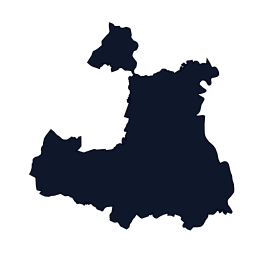 Ha Trung, Thanh Hóa, Vietnam, rotated 266°
{"feature_id": "81297802B67206181597957", "entity_name": "Ha Trung", "entity_type": "district", "adm_level": 2, "iso_a3": "VNM", "parent_name": "Vietnam", "parent_adm1": "Thanh Hóa", "projection": "orthographic", "projection_center": [105.848, 20.055], "detail": "fine", "context": "isolated", "style": "filled", "palette": "ink", "viewbox_px": 256, "rotation_deg": 266, "n_neighbors": 0, "source": "geoboundaries", "source_scale": "gbopen_adm2", "svg_char_len": 5864}
<svg xmlns="http://www.w3.org/2000/svg" viewBox="0 0 256 256"><g transform="rotate(266 128 128)"><path d="M131.4,51.0L126.0,46.2L123.3,44.3L119.2,43.0L116.5,42.6L114.8,41.0L113.5,40.5L112.2,40.3L110.9,40.6L108.3,40.2L107.5,39.8L105.4,36.6L104.9,33.8L104.1,32.3L102.9,31.4L99.6,31.1L98.7,30.2L95.2,29.9L91.9,28.8L88.8,27.0L85.4,32.6L84.6,32.9L76.9,32.8L73.3,33.1L72.7,33.4L71.7,37.4L70.7,37.4L69.0,35.9L67.8,37.4L66.1,40.9L65.6,44.4L66.4,46.5L66.3,49.6L67.7,55.9L67.6,57.0L66.9,57.5L65.0,60.6L65.2,63.9L64.7,64.9L63.5,65.9L63.0,67.7L62.5,68.2L58.8,70.2L57.8,71.3L56.6,71.9L56.4,72.8L56.7,74.6L56.4,75.1L56.5,75.5L56.1,76.0L55.6,77.7L54.5,78.8L55.9,79.7L56.8,80.6L56.7,80.8L55.5,80.7L55.1,81.0L55.2,81.5L56.2,82.7L56.1,83.0L55.1,83.2L54.8,83.5L55.7,85.5L55.0,86.3L55.0,87.3L53.4,87.8L51.5,90.9L49.8,91.6L49.1,92.7L48.4,94.7L47.3,96.4L47.8,97.2L49.5,98.3L50.2,99.1L51.3,100.9L51.5,105.7L51.2,107.6L50.8,107.7L45.6,106.6L44.3,105.9L43.7,105.1L42.2,104.1L40.9,104.3L40.2,104.0L39.0,104.3L37.7,104.0L37.3,104.2L35.2,108.1L35.5,111.3L33.8,112.6L31.0,114.0L27.7,119.6L29.1,121.6L30.0,122.1L32.1,122.5L34.0,124.2L36.5,125.7L38.1,127.0L38.3,127.6L42.1,130.4L38.0,134.5L37.4,135.4L39.1,141.9L40.9,142.8L40.1,144.2L40.2,144.8L41.7,146.5L38.7,147.2L37.9,147.7L36.8,149.0L36.5,149.8L36.5,150.5L38.4,153.9L39.7,157.3L40.5,161.0L40.5,162.2L38.4,162.0L38.4,164.0L38.0,165.7L37.0,167.2L37.1,167.5L38.4,167.6L39.3,168.7L39.2,169.5L38.5,170.5L37.5,173.2L36.4,174.6L34.9,175.9L34.4,175.8L33.8,175.1L33.1,175.1L29.4,178.7L29.0,178.7L28.6,178.4L28.5,177.3L28.2,176.9L26.5,176.2L25.7,176.3L25.4,176.7L25.3,178.8L23.6,180.2L22.2,183.0L25.1,185.9L24.9,191.3L25.2,193.6L25.7,194.7L27.4,196.3L31.7,199.0L33.3,200.6L34.4,201.1L36.9,201.5L36.3,206.7L36.4,207.3L38.0,209.4L40.7,211.7L40.5,212.2L39.7,212.1L39.3,212.5L39.1,214.0L37.8,213.4L37.3,213.7L37.4,214.0L38.2,214.6L38.3,215.6L39.9,216.1L40.0,216.5L39.5,217.0L39.0,218.2L38.0,217.4L37.4,217.4L36.7,217.8L35.4,219.2L35.5,219.5L35.8,219.5L36.9,218.8L37.6,218.9L36.6,220.2L37.6,221.1L37.7,221.5L36.8,222.9L36.0,225.0L37.1,225.7L40.2,224.4L44.4,221.8L47.9,221.6L48.8,221.7L50.7,222.8L53.0,225.4L56.7,228.6L58.9,229.0L64.6,229.0L68.6,228.0L73.6,227.7L75.3,227.0L78.0,226.4L84.2,225.5L86.1,224.6L87.0,223.6L87.3,222.6L87.4,221.5L86.1,217.8L86.3,217.0L86.7,216.7L90.9,215.3L96.1,214.7L101.2,213.2L104.2,211.3L108.4,207.2L111.7,205.1L114.1,204.0L116.9,203.5L121.2,203.6L126.2,203.9L134.3,205.0L134.6,204.7L135.0,203.5L134.7,198.4L135.3,196.8L135.9,196.4L136.8,196.7L138.0,198.7L139.3,199.9L140.9,200.8L146.0,202.2L151.1,205.5L151.9,205.5L152.6,205.1L155.7,200.4L157.0,200.1L157.6,200.7L157.6,203.1L158.7,207.1L159.3,208.0L159.7,208.2L160.5,207.9L162.5,205.2L166.0,202.0L167.0,201.8L168.8,202.5L170.8,204.7L171.0,206.2L170.5,208.0L169.1,209.6L166.0,211.1L165.4,211.8L165.5,212.5L166.2,213.4L166.8,213.7L170.2,213.5L171.6,213.8L172.1,214.3L172.7,215.1L173.2,218.9L173.7,220.6L174.3,221.4L175.1,221.9L177.1,222.0L179.6,221.2L181.0,220.4L182.0,219.7L182.5,218.8L182.6,218.1L181.8,217.1L182.8,215.3L186.1,214.1L190.6,211.8L186.7,211.2L186.4,210.2L186.9,208.1L186.9,206.9L186.2,204.7L186.3,203.9L186.8,203.4L188.4,202.6L189.5,201.4L189.7,199.3L188.2,197.9L188.5,197.3L190.8,196.6L190.4,194.3L190.5,191.9L189.8,191.4L187.6,191.8L187.0,191.2L186.9,189.8L188.6,188.2L187.2,186.2L186.5,186.7L186.1,188.6L185.4,188.8L183.6,187.1L183.8,186.1L185.1,185.7L185.2,185.3L185.0,185.1L182.8,184.2L181.6,184.9L180.9,184.3L181.4,183.1L181.0,181.9L178.9,178.1L179.3,177.4L180.4,176.9L180.7,176.4L181.2,173.8L182.1,172.5L182.2,170.7L183.6,169.6L184.1,166.9L183.5,165.7L181.6,164.1L181.2,161.9L180.2,160.0L179.7,157.8L178.2,156.8L177.7,155.9L178.0,154.6L177.5,151.7L178.8,149.7L178.8,149.2L178.0,147.7L178.2,146.1L177.9,144.1L179.3,142.8L180.4,141.2L180.9,138.9L181.7,137.9L183.2,137.2L185.5,137.4L188.8,140.0L192.1,140.8L193.5,140.4L197.0,137.9L199.4,136.8L200.8,136.8L204.3,138.4L204.8,138.8L205.7,141.5L206.6,142.3L208.6,143.3L210.0,143.5L211.8,142.9L212.8,142.1L214.4,139.2L217.4,137.1L218.9,136.9L220.7,137.5L226.4,136.8L227.3,135.9L228.1,133.8L228.3,133.2L227.5,129.8L227.9,128.0L228.5,126.9L229.1,126.4L229.7,126.4L229.8,122.9L230.1,121.3L231.9,120.4L232.9,119.0L233.8,117.0L230.7,116.7L225.4,117.0L223.4,115.9L220.9,112.9L216.4,108.4L215.3,108.3L212.1,108.4L208.1,102.8L206.5,98.9L202.5,97.2L196.3,92.6L193.7,95.1L192.6,96.7L189.6,103.6L191.0,104.2L191.5,104.8L191.8,106.1L193.2,107.4L194.0,107.0L194.0,107.6L193.6,108.1L194.2,109.1L193.9,110.1L194.1,111.4L193.1,111.4L192.2,112.4L192.7,112.8L193.3,114.4L192.7,114.8L191.4,114.9L191.1,115.2L190.2,116.9L188.5,115.8L186.8,115.7L185.6,116.0L186.6,119.8L187.5,122.1L188.2,122.4L188.9,123.5L189.1,124.7L188.9,126.2L186.1,129.3L186.1,131.1L185.4,135.1L184.3,136.0L183.0,136.3L181.7,137.1L181.0,138.1L179.7,137.5L179.8,137.1L178.7,136.2L178.4,134.9L179.0,133.5L178.2,132.6L177.5,132.4L176.6,132.4L175.8,132.9L174.2,132.7L173.3,133.0L170.4,132.9L170.1,132.1L168.3,131.6L167.1,131.8L165.3,133.2L163.4,133.1L161.8,132.8L160.4,131.7L158.9,132.0L158.4,130.8L158.1,130.6L157.7,130.7L156.9,132.0L156.1,132.0L155.8,131.5L156.4,130.1L156.2,129.4L155.8,129.4L153.8,129.7L153.3,131.3L152.6,131.6L152.2,131.4L152.2,131.0L139.8,125.6L137.9,130.4L133.3,129.1L131.7,127.5L129.1,126.5L126.5,124.6L125.8,124.4L125.2,124.7L125.0,126.4L124.6,127.3L120.6,125.3L116.5,124.9L116.7,124.3L118.3,123.3L118.3,122.5L117.4,121.9L114.8,121.4L112.2,121.9L112.0,121.1L112.7,118.7L111.9,116.4L111.6,115.7L109.8,114.6L109.2,113.1L108.0,112.7L107.2,110.5L107.0,109.4L106.8,104.6L106.9,104.2L108.0,103.6L107.9,94.6L108.7,93.3L108.7,92.8L105.9,82.0L108.9,74.6L111.1,77.4L113.3,79.6L122.4,80.1L122.0,78.4L120.7,77.5L120.2,76.4L120.4,75.3L121.5,74.7L122.1,73.9L121.7,72.9L122.6,71.3L122.5,70.8L121.1,68.8L120.0,66.4L120.1,64.2L120.5,62.2L121.5,60.8L124.3,58.1L125.3,56.4L129.1,53.4L131.4,51.0Z" fill="#0f172a" stroke="#020617" stroke-width="1.5"/></g></svg>